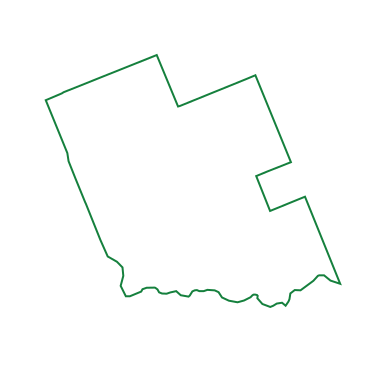 outline of Beauregard, Louisiana, United States of America, rotated 248°
{"feature_id": "52423323B21900392582772", "entity_name": "Beauregard", "entity_type": "district", "adm_level": 2, "iso_a3": "USA", "parent_name": "United States of America", "parent_adm1": "Louisiana", "projection": "orthographic", "projection_center": [-93.525, 30.643], "detail": "fine", "context": "isolated", "style": "outline", "palette": "green", "viewbox_px": 384, "rotation_deg": 248, "n_neighbors": 0, "source": "geoboundaries", "source_scale": "gbopen_adm2", "svg_char_len": 1072}
<svg xmlns="http://www.w3.org/2000/svg" viewBox="0 0 384 384"><g transform="rotate(248 192 192)"><path d="M331.9,90.8L274.8,91.0L266.8,89.1L248.6,89.0L222.5,89.1L220.9,89.2L181.7,89.1L163.8,89.7L155.4,96.3L148.1,99.3L140.0,96.9L131.7,90.7L120.1,91.6L118.6,95.3L118.7,107.6L120.4,109.7L120.2,114.1L117.4,121.4L116.9,122.1L114.6,123.5L111.3,123.9L109.1,126.2L107.2,130.4L107.0,134.3L106.0,140.2L100.5,142.9L96.3,149.6L96.8,151.1L99.7,155.1L99.8,157.7L99.2,159.8L97.4,161.6L95.7,165.8L95.5,169.6L92.3,176.2L89.2,179.1L83.0,180.3L77.4,185.5L72.7,192.9L71.9,199.6L72.5,206.9L73.5,209.1L73.8,210.5L73.3,212.0L72.2,213.6L71.1,214.0L70.3,213.5L69.0,212.8L61.8,215.3L56.1,221.5L56.1,224.7L56.8,228.8L55.6,234.0L51.5,236.2L54.3,240.4L56.1,242.2L61.1,245.2L62.6,250.5L60.2,255.8L64.2,271.3L67.1,277.3L67.1,278.7L65.3,283.2L58.0,287.2L51.4,295.0L145.3,295.0L145.3,286.9L145.2,263.8L145.2,257.3L182.7,257.5L182.8,270.0L182.6,294.9L276.5,294.5L276.4,285.7L276.3,213.0L276.5,211.1L332.2,210.6L332.6,110.3L332.2,108.3L331.9,90.8Z" fill="none" stroke="#15803d" stroke-width="2"/></g></svg>